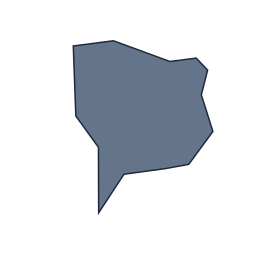 the district of Salem, Virginia, United States of America, rotated 291°
{"feature_id": "52423323B60033050507603", "entity_name": "Salem", "entity_type": "district", "adm_level": 2, "iso_a3": "USA", "parent_name": "United States of America", "parent_adm1": "Virginia", "projection": "equal_earth", "projection_center": [-80.053, 37.288], "detail": "fine", "context": "isolated", "style": "filled", "palette": "slate", "viewbox_px": 256, "rotation_deg": 291, "n_neighbors": 0, "source": "geoboundaries", "source_scale": "gbopen_adm2", "svg_char_len": 332}
<svg xmlns="http://www.w3.org/2000/svg" viewBox="0 0 256 256"><g transform="rotate(291 128 128)"><path d="M204.2,83.1L185.0,47.5L120.5,75.0L99.4,107.3L38.3,131.0L83.4,140.8L103.7,177.8L115.8,197.7L155.2,208.5L185.2,184.6L210.6,181.6L217.7,166.6L205.1,143.2L204.2,83.1Z" fill="#64748b" stroke="#1e293b" stroke-width="1.5"/></g></svg>